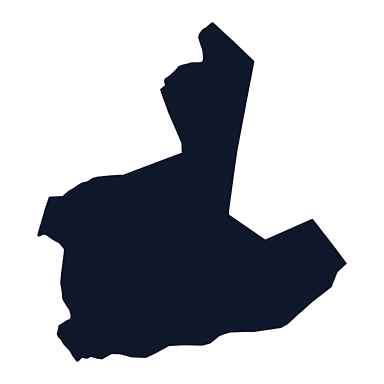 Kulbus, Western Darfur, Sudan
{"feature_id": "16777658B88334295817955", "entity_name": "Kulbus", "entity_type": "district", "adm_level": 2, "iso_a3": "SDN", "parent_name": "Sudan", "parent_adm1": "Western Darfur", "projection": "mercator", "projection_center": [22.731, 14.61], "detail": "fine", "context": "isolated", "style": "filled", "palette": "ink", "viewbox_px": 384, "rotation_deg": 0, "n_neighbors": 0, "source": "geoboundaries", "source_scale": "gbopen_adm2", "svg_char_len": 2782}
<svg xmlns="http://www.w3.org/2000/svg" viewBox="0 0 384 384"><path d="M212.7,23.0L212.2,23.2L211.8,23.3L210.1,24.7L209.2,25.5L206.6,27.7L206.4,27.9L206.2,28.0L204.5,29.0L202.5,30.3L199.8,34.0L198.9,37.2L200.8,43.7L202.9,49.5L203.7,55.8L203.7,60.1L202.1,62.7L197.9,63.1L191.5,63.1L187.9,64.2L182.3,65.5L178.6,67.0L177.5,68.7L174.4,71.9L170.0,76.0L165.2,79.3L164.8,81.4L165.2,83.1L165.7,85.3L165.0,86.6L163.4,87.4L160.9,89.6L161.1,90.2L162.5,94.8L166.5,105.3L168.8,112.0L177.5,132.0L182.1,142.8L182.5,153.3L175.2,155.9L122.8,175.7L120.1,175.5L108.6,176.3L97.6,177.4L95.5,178.0L92.6,178.7L90.7,180.0L88.9,181.3L85.9,182.6L83.0,183.0L80.3,184.3L76.6,186.7L73.0,189.2L69.3,191.2L64.7,195.0L63.0,196.8L49.5,197.4L44.9,211.0L44.9,211.6L38.5,233.3L38.1,235.5L38.9,235.9L41.4,234.8L43.5,233.8L46.4,234.4L52.6,238.9L59.7,242.8L64.9,249.2L63.7,259.3L61.8,273.5L61.0,283.0L62.6,292.4L63.0,298.7L64.9,302.1L67.2,305.8L69.7,309.4L71.3,314.8L71.3,317.7L70.5,319.3L69.3,319.9L67.4,320.8L66.0,321.6L59.0,326.1L59.0,328.1L58.4,330.7L57.7,333.4L57.5,334.0L58.4,335.8L58.7,336.9L61.0,338.8L64.0,343.9L69.1,349.3L70.1,350.4L72.8,355.3L76.1,359.6L77.0,361.0L78.8,360.1L80.7,357.9L82.0,357.1L83.6,357.5L85.7,357.8L86.8,358.0L88.2,357.5L89.9,356.2L92.2,356.5L96.9,357.9L101.7,358.6L102.0,358.6L103.4,357.8L111.5,353.3L120.2,353.5L131.7,356.6L135.6,356.8L145.7,357.2L154.7,353.0L168.8,345.3L184.4,344.5L202.3,344.9L209.6,342.9L212.8,340.6L218.7,335.6L223.8,333.6L230.1,331.8L243.2,331.2L253.8,331.2L280.9,327.2L287.3,323.6L297.0,314.7L311.9,301.4L331.0,286.5L332.0,284.0L336.8,271.8L343.8,265.3L344.6,264.6L345.9,263.5L342.3,258.6L332.9,246.0L328.9,240.9L326.0,237.1L325.2,236.1L323.7,234.2L322.7,232.9L322.5,232.6L320.8,230.5L319.7,229.0L318.9,228.0L318.6,227.6L318.2,227.1L318.0,226.8L317.6,226.3L317.2,225.9L315.8,224.0L315.4,223.5L315.3,223.4L314.9,222.9L314.8,222.7L314.1,221.9L313.7,221.4L313.3,220.8L312.6,219.9L312.3,219.6L265.2,240.4L228.1,214.9L228.4,211.7L228.2,211.6L228.5,209.5L228.6,208.6L228.8,207.2L228.9,206.5L228.9,206.3L229.1,204.6L229.2,204.2L229.5,201.6L229.6,201.2L230.1,197.3L230.4,195.4L231.0,191.2L231.3,188.6L231.6,186.8L232.2,182.0L232.8,177.8L233.1,175.1L233.3,173.6L233.9,169.9L234.3,166.9L234.4,166.1L235.3,159.8L235.6,157.9L235.9,156.2L236.8,149.7L237.0,148.8L237.2,147.6L237.6,145.4L238.8,139.3L239.1,137.4L239.8,134.1L240.3,131.3L241.3,126.0L241.3,125.9L241.5,125.0L242.9,117.4L244.0,112.0L244.7,108.1L244.8,107.4L245.0,106.4L246.2,100.0L246.3,99.6L248.1,90.3L249.2,84.4L250.0,80.3L250.2,79.4L250.7,76.7L252.2,69.0L252.2,68.8L252.3,68.6L253.3,63.2L253.5,62.1L253.6,61.5L245.0,53.3L240.4,48.8L240.2,48.7L235.4,44.1L233.3,42.0L232.8,41.6L227.1,36.3L225.2,34.6L219.3,29.1L219.2,29.1L216.6,26.6L214.2,24.4L212.7,23.0Z" fill="#0f172a" stroke="#020617" stroke-width="1.5"/></svg>